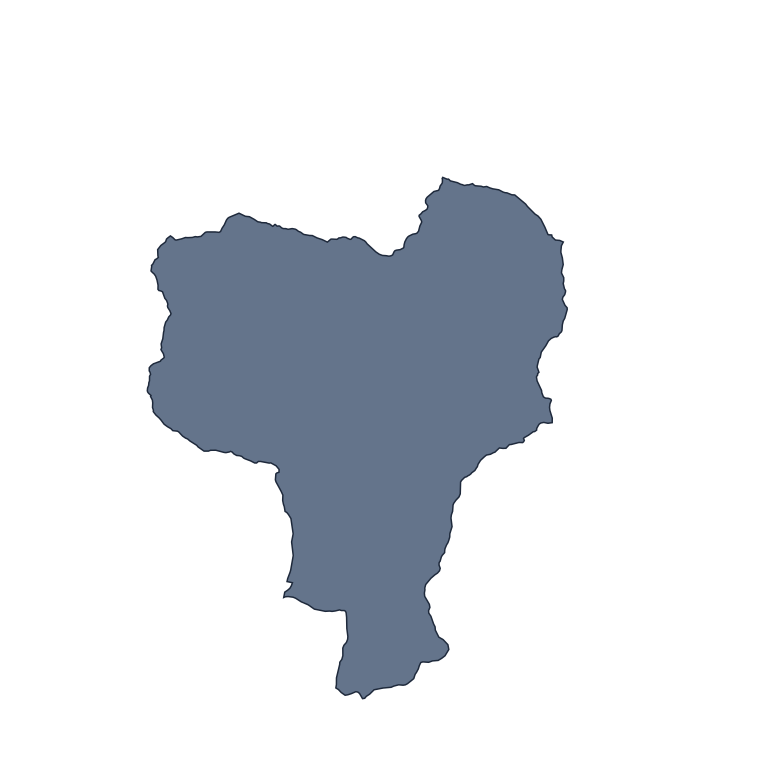 outline of Sombey, Ha, Bhutan, rotated 231°
{"feature_id": "84629894B88569366969401", "entity_name": "Sombey", "entity_type": "district", "adm_level": 2, "iso_a3": "BTN", "parent_name": "Bhutan", "parent_adm1": "Ha", "projection": "mercator", "projection_center": [89.094, 27.205], "detail": "fine", "context": "isolated", "style": "filled", "palette": "slate", "viewbox_px": 768, "rotation_deg": 231, "n_neighbors": 0, "source": "geoboundaries", "source_scale": "gbopen_adm2", "svg_char_len": 6171}
<svg xmlns="http://www.w3.org/2000/svg" viewBox="0 0 768 768"><g transform="rotate(231 384 384)"><path d="M214.8,325.0L216.3,326.3L217.6,327.7L219.6,331.4L220.4,333.7L221.7,335.9L223.7,338.8L226.2,340.9L230.3,347.1L237.7,351.7L239.9,354.0L241.9,357.2L246.5,361.5L247.4,363.1L248.4,366.6L249.0,371.1L250.6,374.1L259.7,381.9L260.3,383.9L260.7,388.0L259.9,390.0L259.9,391.3L259.5,393.1L259.5,395.2L259.8,396.1L259.6,400.2L260.8,403.5L260.9,404.4L262.4,406.5L263.9,411.0L264.3,416.4L264.3,418.9L262.4,422.5L261.7,426.1L261.2,427.2L261.7,433.4L259.2,435.8L257.3,438.3L258.0,443.3L257.0,444.7L253.6,452.1L251.2,454.9L251.3,456.3L251.9,457.6L253.8,458.1L254.1,459.1L253.3,464.0L253.0,469.9L252.2,471.2L252.1,473.6L253.2,474.5L253.8,475.7L255.1,479.0L255.1,480.4L254.9,481.5L253.6,484.0L250.3,486.7L248.1,490.4L251.6,493.3L259.1,496.3L261.6,497.9L264.1,500.4L265.9,503.7L267.1,504.1L268.5,503.4L269.6,502.6L271.4,500.6L273.7,499.8L277.8,501.1L279.9,502.4L290.0,504.9L293.4,506.8L293.9,507.5L294.2,508.9L295.4,510.0L295.6,511.8L300.7,513.6L301.7,514.6L305.9,520.1L306.3,522.1L309.8,526.3L311.9,533.8L314.0,539.0L314.2,542.6L313.5,545.5L312.8,547.1L311.9,548.0L311.7,549.5L312.7,551.8L312.9,554.7L313.7,556.1L317.8,559.9L320.2,563.0L321.3,565.8L326.6,573.3L328.0,574.3L331.3,574.2L337.5,575.8L338.9,577.6L339.7,580.7L341.4,583.1L342.4,583.9L344.5,584.2L349.3,586.5L350.9,588.5L353.5,590.6L358.6,591.8L360.7,593.9L364.0,598.4L369.8,602.0L375.0,604.3L376.5,605.6L379.8,608.9L381.5,612.7L385.0,610.9L388.0,607.8L392.4,607.2L394.3,608.1L396.1,606.1L397.0,605.5L404.6,607.7L413.3,609.6L417.6,609.4L421.0,608.3L431.7,607.2L434.7,607.3L448.6,604.6L450.6,602.4L455.1,599.9L456.6,598.4L458.3,597.3L462.7,595.4L467.2,591.4L469.9,589.6L472.9,588.1L474.5,585.3L476.6,583.9L480.5,579.8L481.4,579.3L484.0,578.9L485.4,575.2L486.4,574.0L487.4,571.9L488.0,571.2L489.7,570.3L490.9,569.3L494.2,567.8L500.1,563.4L502.6,563.1L503.5,561.9L507.6,559.7L507.1,558.5L506.0,558.0L503.9,556.2L503.4,555.4L502.5,552.2L501.0,550.2L500.3,548.6L500.3,548.0L502.2,543.9L502.0,535.2L501.5,533.3L500.5,531.8L498.6,530.4L495.0,530.2L493.8,529.2L492.8,527.5L492.9,525.3L493.5,522.4L493.0,519.8L493.0,517.5L492.1,516.7L488.0,516.0L486.7,515.6L485.9,514.9L484.2,511.3L481.0,507.0L480.5,504.5L480.9,503.2L482.3,500.7L483.3,496.4L483.3,494.9L482.8,492.9L481.3,489.6L479.6,487.3L477.8,485.5L477.5,484.8L478.2,481.2L480.2,477.9L480.7,476.5L480.5,475.2L478.9,472.0L479.1,470.6L479.6,469.3L480.4,468.1L482.4,466.4L484.9,463.7L487.8,462.0L491.8,460.8L503.5,459.1L506.1,459.2L507.8,458.9L512.9,456.6L514.2,455.5L516.6,454.4L517.5,453.2L517.7,452.4L517.3,449.3L517.9,448.5L519.4,447.8L519.8,447.4L521.8,446.8L523.6,445.1L524.2,444.3L525.0,442.1L525.9,441.0L525.9,438.9L526.2,438.3L529.6,434.5L530.0,433.8L529.9,429.3L535.0,426.9L539.7,423.9L544.5,421.7L546.2,419.7L550.8,415.7L554.5,414.7L556.5,413.6L559.1,413.0L560.3,412.4L562.6,410.4L564.6,406.8L566.5,405.5L568.3,403.4L569.8,402.7L572.3,402.3L572.9,401.9L573.9,400.3L576.4,399.9L576.7,399.4L576.4,397.4L576.6,396.7L580.3,395.8L582.1,394.4L583.3,394.0L586.7,390.1L587.3,390.0L589.5,388.0L593.5,386.8L598.7,384.7L601.6,381.8L608.0,378.8L611.0,368.5L611.1,366.8L610.5,364.6L608.2,360.1L607.0,356.3L605.4,353.0L605.6,351.3L608.2,348.7L613.6,342.1L614.3,340.6L613.9,334.7L615.7,331.6L617.3,330.1L618.5,327.3L621.3,323.5L622.8,321.9L624.2,318.0L626.5,313.3L627.4,312.4L630.8,312.0L633.5,311.2L633.6,307.9L633.5,306.2L632.1,304.0L631.9,302.9L632.1,297.8L630.9,292.7L625.8,288.9L624.4,288.3L624.3,286.0L624.7,284.4L622.6,279.6L622.5,278.0L621.5,277.4L618.5,274.1L616.6,274.2L614.1,274.6L611.5,274.4L607.6,273.0L603.0,270.6L599.8,267.9L598.3,267.9L597.1,268.9L595.1,269.9L588.5,267.6L585.8,267.6L583.0,266.7L581.9,266.1L580.9,264.8L579.5,264.1L575.9,263.7L572.8,262.8L572.0,261.6L571.6,258.9L570.1,255.9L569.5,253.3L566.2,248.6L564.1,246.8L562.9,245.2L558.4,240.6L555.4,236.0L552.1,234.0L551.1,232.3L546.3,231.6L543.1,230.1L542.8,229.1L542.9,225.6L542.4,224.6L544.8,217.6L544.9,214.5L544.4,211.9L544.0,211.5L541.9,209.8L540.4,209.6L538.4,208.7L537.6,206.7L534.0,203.7L533.1,202.2L531.0,200.1L529.7,197.8L527.7,195.8L526.5,195.3L525.0,195.2L521.7,195.7L521.2,194.7L517.3,193.9L514.9,192.4L511.4,189.3L508.9,188.4L507.7,187.3L503.4,187.2L499.1,187.9L496.3,188.0L491.1,187.8L487.0,188.9L483.4,190.3L480.7,190.5L477.3,193.8L476.0,194.3L470.3,194.7L466.9,195.7L464.9,196.8L461.9,197.3L454.2,199.9L452.1,199.9L445.1,201.9L442.3,205.4L441.7,207.4L438.4,211.6L431.4,216.7L430.1,218.0L428.5,221.1L428.2,222.4L426.6,223.2L424.3,223.3L421.2,224.5L419.3,226.5L417.3,227.9L414.8,228.3L413.4,228.9L408.3,231.9L404.0,233.8L402.8,235.3L402.9,237.6L401.4,239.4L394.8,245.0L393.9,246.4L388.3,248.7L383.6,248.7L381.5,246.8L382.3,244.8L382.2,243.4L377.9,239.3L376.0,238.5L365.7,236.6L361.3,235.5L357.3,232.0L353.9,230.2L351.4,229.3L347.2,226.9L345.4,227.6L342.6,227.6L338.0,227.0L324.7,219.1L319.4,212.8L307.8,205.5L298.2,194.5L296.8,192.5L293.4,186.7L291.5,184.3L287.2,187.8L285.5,185.0L284.5,182.3L284.4,179.2L284.7,175.9L281.2,171.7L280.7,173.5L279.1,175.8L275.5,179.2L273.1,180.5L266.8,182.6L260.2,186.1L252.9,188.2L244.3,195.3L241.8,198.8L240.0,200.5L238.3,203.3L236.4,207.3L234.8,208.3L232.9,210.6L231.7,211.0L230.2,210.7L226.2,208.1L217.3,201.2L210.5,197.0L208.5,195.1L206.8,192.1L206.2,188.5L204.7,185.8L198.8,181.1L196.5,177.9L195.6,174.6L193.9,173.0L185.5,162.1L180.4,157.9L178.1,155.3L175.3,156.3L171.2,156.6L166.6,157.9L165.2,160.4L163.9,163.8L162.6,168.5L161.0,169.8L159.7,170.1L158.6,170.2L153.0,169.3L151.9,171.2L152.4,173.7L152.0,177.7L152.6,183.9L148.3,192.0L143.8,198.7L143.1,201.4L141.0,206.1L137.9,209.3L136.8,211.2L136.3,213.6L136.3,221.7L138.8,225.5L139.4,227.6L141.0,231.4L142.9,234.2L144.4,237.3L143.6,239.3L139.6,243.6L138.3,247.4L135.1,252.1L134.5,256.2L134.4,260.4L136.9,267.3L141.2,269.6L148.0,269.1L152.8,267.3L160.4,269.0L163.2,270.9L166.2,271.5L174.0,274.3L177.7,274.6L179.8,276.0L181.5,279.1L184.3,280.6L193.4,282.0L196.1,283.8L198.3,286.3L199.8,287.3L201.9,290.2L203.5,298.1L203.7,303.2L203.4,306.6L203.9,309.6L205.4,311.7L208.6,312.8L210.3,314.2L210.8,315.2L210.9,316.0L213.5,319.7L214.2,321.4L214.8,325.0Z" fill="#64748b" stroke="#1e293b" stroke-width="1.5"/></g></svg>